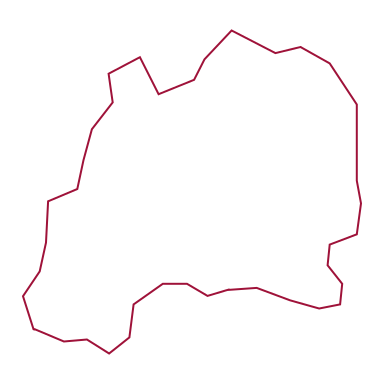 the district of Alampra, Nicosia, Cyprus
{"feature_id": "46923920B79876706126113", "entity_name": "Alampra", "entity_type": "district", "adm_level": 2, "iso_a3": "CYP", "parent_name": "Cyprus", "parent_adm1": "Nicosia", "projection": "robinson", "projection_center": [33.406, 34.989], "detail": "fine", "context": "isolated", "style": "outline", "palette": "rose", "viewbox_px": 384, "rotation_deg": 0, "n_neighbors": 0, "source": "geoboundaries", "source_scale": "gbopen_adm2", "svg_char_len": 739}
<svg xmlns="http://www.w3.org/2000/svg" viewBox="0 0 384 384"><path d="M356.8,104.5L329.7,63.4L300.5,47.0L275.4,53.1L231.6,30.5L204.5,59.3L194.1,79.8L158.6,94.2L139.9,57.2L108.6,73.7L110.6,87.9L112.7,102.4L91.9,129.2L83.5,160.1L77.3,189.0L48.1,201.3L46.0,242.6L39.7,271.4L23.0,296.2L33.5,329.2L34.3,329.5L34.7,329.2L63.7,341.4L63.9,341.5L85.8,339.6L86.9,339.5L109.1,353.5L129.4,337.4L133.6,304.4L162.8,283.8L185.7,283.8L187.0,283.8L207.5,295.9L225.9,290.4L227.0,290.1L228.4,289.7L228.4,289.9L256.7,287.9L290.0,300.3L310.9,306.2L318.8,308.4L319.2,308.5L334.5,305.5L340.1,304.4L342.2,283.8L327.6,265.3L329.7,244.6L356.8,234.3L361.0,203.4L356.8,180.7L356.8,149.8L356.8,127.1L356.8,104.5Z" fill="none" stroke="#9f1239" stroke-width="2"/></svg>